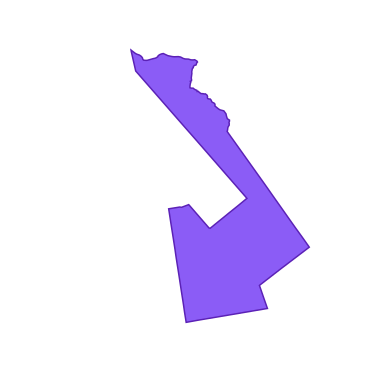 the district of Ouro Preto do Oeste, Rondônia, Brazil, rotated 303°
{"feature_id": "56859067B7033309117627", "entity_name": "Ouro Preto do Oeste", "entity_type": "district", "adm_level": 2, "iso_a3": "BRA", "parent_name": "Brazil", "parent_adm1": "Rondônia", "projection": "orthographic", "projection_center": [-62.001, -10.509], "detail": "fine", "context": "isolated", "style": "filled", "palette": "violet", "viewbox_px": 384, "rotation_deg": 303, "n_neighbors": 0, "source": "geoboundaries", "source_scale": "gbopen_adm2", "svg_char_len": 1751}
<svg xmlns="http://www.w3.org/2000/svg" viewBox="0 0 384 384"><g transform="rotate(303 192 192)"><path d="M79.5,258.1L87.5,266.6L135.4,318.7L142.2,309.9L150.4,299.4L176.2,308.4L209.6,320.4L213.5,310.7L215.9,304.5L218.1,298.8L222.8,287.0L225.5,280.3L227.5,275.3L231.6,265.0L238.2,248.6L242.6,237.4L261.9,188.5L263.3,188.1L265.5,187.0L266.6,186.8L268.2,186.8L269.5,186.1L270.4,185.2L271.7,184.9L272.7,184.3L272.7,181.7L274.4,179.6L276.1,177.9L276.7,176.3L277.4,174.5L276.2,170.9L276.1,169.1L276.6,164.5L278.2,163.4L278.6,162.0L278.4,160.8L278.4,159.5L279.5,158.0L279.9,156.5L279.3,155.7L278.9,154.2L279.7,153.4L280.6,153.0L281.4,151.9L281.6,149.8L280.9,148.9L280.5,147.8L279.4,145.8L279.6,143.6L279.8,142.3L279.1,141.6L279.9,140.8L279.5,138.3L279.7,136.3L278.8,135.0L278.3,133.5L279.5,132.7L281.8,131.6L283.2,131.3L283.9,130.3L284.9,131.0L285.8,130.6L286.5,129.9L287.4,129.2L291.4,127.3L292.7,126.3L294.4,125.6L296.0,125.0L296.9,125.4L298.1,124.8L299.5,125.1L300.7,126.2L302.0,125.9L303.0,125.6L304.0,125.8L304.5,124.8L304.4,122.2L303.3,120.9L302.3,119.2L301.5,116.6L299.8,113.7L299.2,111.6L299.1,109.8L298.9,108.7L298.1,106.8L295.7,103.4L294.7,101.4L293.2,97.5L292.5,92.5L291.3,91.3L290.1,90.4L289.0,89.8L287.7,89.4L286.7,89.6L284.4,88.5L282.8,86.9L277.9,82.6L276.9,81.0L276.2,79.5L276.5,78.5L277.5,77.4L278.1,75.8L278.2,74.4L278.2,73.2L277.5,70.5L277.4,68.8L277.8,63.6L276.7,64.6L262.8,78.9L243.9,145.5L236.3,172.5L216.6,241.5L204.8,237.8L193.9,234.2L188.2,232.4L182.4,230.5L171.5,227.0L171.1,225.8L179.3,197.3L179.6,196.1L173.5,191.6L172.7,189.9L165.2,181.6L154.2,191.4L143.1,201.4L134.6,209.0L130.1,212.9L124.5,217.9L115.5,226.0L104.6,235.7L95.9,243.5L91.4,247.5L87.6,250.8L79.5,258.1Z" fill="#8b5cf6" stroke="#5b21b6" stroke-width="1.5"/></g></svg>